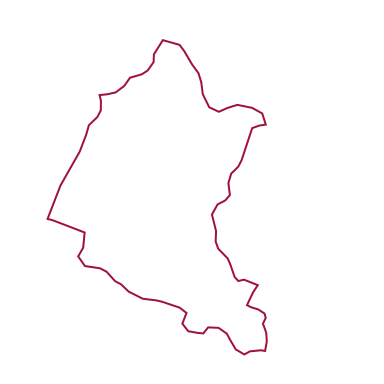 Yeoju, Gyeonggi, South Korea, rotated 201°
{"feature_id": "91817680B81929081090334", "entity_name": "Yeoju", "entity_type": "district", "adm_level": 2, "iso_a3": "KOR", "parent_name": "South Korea", "parent_adm1": "Gyeonggi", "projection": "mercator", "projection_center": [127.578, 37.276], "detail": "fine", "context": "isolated", "style": "outline", "palette": "rose", "viewbox_px": 384, "rotation_deg": 201, "n_neighbors": 0, "source": "geoboundaries", "source_scale": "gbopen_adm2", "svg_char_len": 1200}
<svg xmlns="http://www.w3.org/2000/svg" viewBox="0 0 384 384"><g transform="rotate(201 192 192)"><path d="M66.8,69.8L68.6,79.3L72.3,87.2L75.4,90.9L78.6,94.5L78.0,100.8L80.7,104.5L88.0,106.1L95.9,105.6L100.1,106.1L99.0,120.3L97.2,128.6L112.0,128.8L116.9,125.5L121.8,128.0L130.0,137.8L134.9,142.8L147.3,148.5L152.2,154.3L155.5,164.1L165.3,178.1L163.7,189.5L157.9,196.1L155.5,202.7L161.2,213.3L162.0,223.2L157.9,232.2L157.1,239.6L158.7,273.2L153.0,278.1L147.3,281.4L154.6,290.5L166.1,292.1L180.9,289.6L189.1,283.1L195.7,276.5L206.3,277.3L217.0,287.2L222.7,297.8L228.5,305.2L237.5,311.0L249.8,320.8L256.4,324.9L273.6,323.3L276.9,306.9L274.4,299.5L276.9,289.6L281.0,283.9L290.8,276.5L293.3,266.7L299.0,257.6L306.4,252.7L309.4,251.2L313.0,249.4L309.7,244.5L306.4,235.5L307.2,228.1L312.2,217.4L311.3,207.6L311.3,189.5L317.1,151.0L317.2,115.1L312.2,115.7L277.7,115.7L273.6,100.9L275.2,91.1L265.4,84.5L250.6,87.8L243.3,87.0L231.8,81.2L225.2,80.4L215.4,76.3L199.8,74.7L186.6,78.0L180.9,78.8L162.0,79.6L153.8,77.1L153.8,65.6L145.6,60.7L136.6,62.4L130.8,64.0L128.4,71.4L118.5,74.7L108.7,72.2L103.0,67.3L94.7,60.7L84.9,59.1L80.8,64.0L71.0,68.9L66.8,69.8Z" fill="none" stroke="#9f1239" stroke-width="2"/></g></svg>